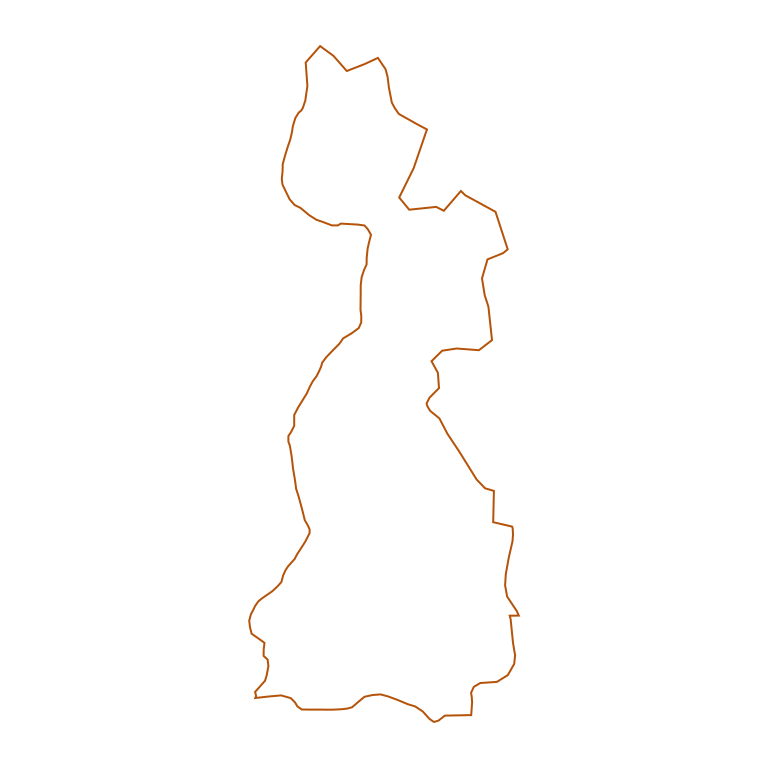 Ipokia, Ogun, Nigeria (Robinson projection)
{"feature_id": "59680162B19485775159758", "entity_name": "Ipokia", "entity_type": "district", "adm_level": 2, "iso_a3": "NGA", "parent_name": "Nigeria", "parent_adm1": "Ogun", "projection": "robinson", "projection_center": [2.781, 6.657], "detail": "fine", "context": "isolated", "style": "outline", "palette": "amber", "viewbox_px": 768, "rotation_deg": 0, "n_neighbors": 0, "source": "geoboundaries", "source_scale": "gbopen_adm2", "svg_char_len": 2756}
<svg xmlns="http://www.w3.org/2000/svg" viewBox="0 0 768 768"><path d="M427.0,129.5L416.7,124.0L398.9,114.0L394.8,108.2L391.8,102.5L388.9,87.6L387.6,76.9L385.6,69.3L377.9,57.9L364.3,64.2L346.8,71.0L333.4,55.8L320.1,46.1L305.7,62.5L307.4,85.9L306.2,94.1L305.3,100.6L302.8,108.0L301.1,110.7L298.7,112.6L295.3,118.1L292.8,126.4L292.0,132.0L290.3,139.4L287.8,146.7L285.2,155.0L282.7,164.3L282.6,170.8L281.8,179.1L282.5,184.6L286.5,192.9L289.7,199.4L294.6,205.0L300.3,207.8L305.9,212.4L309.2,215.2L316.5,219.8L322.1,221.7L331.9,225.4L336.9,225.4L337.6,225.5L340.9,223.6L358.0,224.6L364.5,225.5L367.8,229.2L371.0,234.8L369.3,241.3L367.6,248.7L366.7,257.9L366.6,264.4L364.1,269.9L361.6,277.3L361.5,278.6L360.7,285.6L360.7,293.0L360.6,302.2L360.5,309.6L361.3,316.1L361.2,322.6L358.7,328.1L351.9,333.1L343.1,338.4L339.5,343.6L334.5,348.7L330.0,353.3L326.1,357.4L322.1,362.8L321.2,366.4L319.5,370.3L316.7,376.0L313.2,380.7L312.6,381.6L310.1,386.2L306.7,393.6L302.5,400.4L297.9,407.9L294.2,415.0L294.2,425.9L290.9,432.3L288.4,436.0L288.4,439.9L288.4,441.6L290.0,446.2L290.7,450.8L291.5,455.4L292.3,461.9L293.0,468.4L293.8,473.0L295.3,482.2L296.1,488.7L298.5,496.1L300.8,504.4L303.2,513.7L304.8,520.2L308.0,525.7L309.6,529.4L309.6,533.1L305.4,541.4L301.3,547.9L297.1,554.3L294.7,558.9L291.4,562.6L288.1,566.3L285.6,570.0L283.1,575.5L281.4,582.0L277.3,586.6L272.3,591.2L261.7,598.6L258.4,601.3L255.1,606.0L253.4,609.6L250.9,614.3L249.2,620.7L250.0,627.2L251.6,633.7L262.1,641.1L264.5,642.9L263.7,649.4L263.6,655.9L267.6,659.6L268.4,666.1L267.6,670.4L266.7,675.3L265.0,680.8L261.7,684.5L257.6,689.1L255.1,691.9L256.1,696.0L255.3,698.0L268.7,696.5L281.1,695.4L290.7,698.1L293.6,701.0L295.0,702.4L297.4,706.4L301.8,709.5L310.0,709.6L318.9,709.6L332.1,709.7L342.1,709.2L347.0,708.6L352.0,707.3L362.8,698.1L363.7,697.4L364.5,696.8L365.7,696.5L372.7,695.0L380.5,694.4L388.0,696.4L395.1,699.0L397.5,699.9L407.8,704.2L415.1,706.4L422.7,711.4L429.4,718.8L433.6,721.8L434.2,721.9L438.5,720.6L444.5,715.9L444.9,715.6L471.2,715.1L472.1,702.5L471.8,697.7L471.1,692.7L473.8,686.9L480.3,683.0L496.9,681.9L507.9,675.0L514.2,663.9L515.1,655.4L513.0,642.8L511.2,624.9L510.6,619.0L509.7,615.7L518.8,615.6L516.8,611.1L507.1,596.5L505.1,585.4L505.8,574.1L508.8,557.4L512.5,541.4L513.0,534.7L512.7,528.4L512.1,526.6L493.2,522.2L493.9,490.9L485.1,488.3L476.6,479.5L468.1,465.8L459.2,451.5L447.5,433.9L439.4,418.4L430.2,410.9L427.4,406.3L426.6,403.4L429.5,397.7L439.0,388.1L437.9,372.8L431.5,361.2L442.2,350.7L456.7,348.5L478.9,350.2L492.0,340.1L488.4,306.6L484.7,295.2L482.0,278.4L487.5,259.4L503.1,253.1L507.7,249.3L495.5,211.8L465.3,195.3L460.9,191.0L443.8,210.8L436.2,206.9L409.2,209.7L399.2,197.5L413.7,168.1L426.4,131.0L427.0,129.5Z" fill="none" stroke="#b45309" stroke-width="2"/></svg>